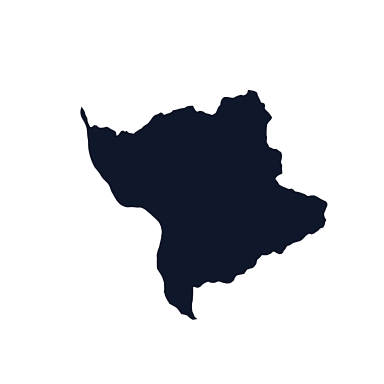 outline of Novo Horizonte, São Paulo, Brazil, rotated 23°
{"feature_id": "56859067B45221197904783", "entity_name": "Novo Horizonte", "entity_type": "district", "adm_level": 2, "iso_a3": "BRA", "parent_name": "Brazil", "parent_adm1": "São Paulo", "projection": "orthographic", "projection_center": [-49.295, -21.479], "detail": "fine", "context": "isolated", "style": "filled", "palette": "ink", "viewbox_px": 384, "rotation_deg": 23, "n_neighbors": 0, "source": "geoboundaries", "source_scale": "gbopen_adm2", "svg_char_len": 4158}
<svg xmlns="http://www.w3.org/2000/svg" viewBox="0 0 384 384"><g transform="rotate(23 192 192)"><path d="M318.3,183.6L319.9,182.1L321.6,179.4L322.7,177.7L323.5,175.2L326.1,172.8L326.1,169.8L325.6,167.9L325.8,165.7L323.2,163.7L321.7,161.6L321.2,160.0L321.2,156.9L321.1,154.5L321.2,152.1L320.6,150.3L318.9,149.1L316.8,149.0L314.0,148.9L311.7,148.6L309.0,148.2L306.0,148.1L303.3,149.3L301.2,151.0L299.5,151.3L297.0,150.7L294.6,150.8L291.3,151.0L286.2,152.0L284.6,151.0L282.5,150.7L280.4,152.2L274.5,152.3L272.6,152.3L269.0,151.8L266.8,150.0L263.6,148.3L262.6,146.6L263.8,143.4L265.2,141.5L267.0,139.7L266.3,138.0L264.8,135.4L264.0,132.7L262.5,131.3L261.3,129.7L261.0,126.9L259.9,123.3L258.1,121.2L256.0,120.9L252.9,120.2L250.5,121.3L247.7,121.1L245.1,121.2L243.6,119.6L240.7,117.5L239.7,114.9L239.0,112.6L237.6,110.6L235.1,104.2L234.0,100.5L234.3,98.6L234.7,96.9L235.6,94.7L235.9,92.5L233.8,91.2L231.7,89.9L229.0,88.8L227.3,88.2L225.6,87.1L224.8,84.0L223.5,83.0L219.9,83.4L218.5,81.5L216.8,80.1L214.4,78.0L212.7,75.8L210.3,75.4L207.7,75.9L204.6,76.6L204.9,79.8L203.7,82.2L201.7,83.9L199.6,84.0L197.4,85.7L195.8,87.3L193.9,89.8L190.9,90.7L188.7,91.2L187.1,91.6L184.9,92.7L183.9,94.9L183.9,97.7L184.8,100.8L183.7,103.9L183.8,107.1L183.7,110.1L182.1,112.6L180.3,114.3L178.4,114.1L176.2,114.5L173.2,114.9L171.0,114.3L169.4,114.5L167.8,114.9L166.0,116.7L163.8,116.7L162.1,115.6L160.4,114.3L159.1,113.1L157.1,114.0L154.5,115.6L152.9,118.0L150.6,119.4L148.7,120.6L147.3,121.8L145.4,123.3L143.3,124.6L142.6,126.8L141.0,128.6L138.5,130.7L137.4,132.0L135.7,132.9L134.1,131.8L132.5,131.7L130.8,134.2L128.8,135.8L127.8,137.2L127.1,139.2L126.6,142.1L126.0,144.2L125.2,146.6L123.8,148.7L122.4,150.7L121.3,153.7L119.4,156.0L118.3,157.7L117.1,159.5L116.3,161.7L110.8,163.0L108.1,162.2L107.0,163.8L105.2,163.1L103.7,163.9L103.2,166.0L102.6,168.4L101.6,169.9L99.8,170.5L99.0,168.6L97.8,167.0L95.9,166.6L93.5,166.6L91.3,166.3L89.5,165.9L87.8,166.2L86.3,167.6L83.0,169.4L80.0,169.7L78.4,168.8L76.3,169.3L74.9,172.1L72.5,172.8L70.7,170.9L69.3,169.9L67.6,168.0L66.2,165.5L64.5,164.1L62.9,162.7L61.6,160.8L59.9,159.4L57.9,158.1L58.2,160.2L58.8,162.0L59.8,163.6L60.9,165.1L62.1,166.2L63.8,167.6L65.7,169.0L67.6,170.6L69.8,172.9L71.4,175.1L73.5,179.2L74.3,180.8L75.2,182.3L77.0,185.1L78.7,189.0L80.3,192.2L82.1,194.9L84.5,198.2L86.9,201.0L89.8,203.9L91.4,205.3L93.0,206.6L94.9,207.6L97.3,208.9L100.5,210.6L102.1,212.0L105.5,214.0L107.4,214.7L109.2,215.4L111.7,216.5L113.3,217.6L114.9,218.9L117.1,221.5L118.5,222.8L120.4,224.2L122.2,225.7L125.3,227.9L127.1,229.1L129.7,230.3L132.1,231.0L134.4,231.1L136.8,231.0L138.5,230.5L142.6,228.5L145.5,227.6L147.3,227.1L150.2,225.7L152.4,225.4L156.1,225.8L160.0,227.1L161.8,227.5L165.5,228.9L169.0,230.1L171.9,231.3L173.4,232.0L174.8,233.0L177.5,235.5L178.8,237.4L180.3,239.9L181.0,241.7L181.4,243.7L182.3,246.2L182.7,248.6L183.2,251.5L183.6,253.7L183.9,255.6L184.0,258.8L184.5,261.8L184.9,263.8L186.3,266.4L187.5,269.5L188.7,272.3L190.3,275.7L196.3,279.8L198.9,282.0L201.0,284.5L202.1,285.8L203.0,287.6L205.3,292.5L205.8,294.6L207.1,295.8L208.2,297.5L211.7,300.5L213.8,301.9L215.3,303.0L220.6,303.5L222.6,303.8L224.6,304.5L227.8,306.4L230.1,307.8L231.9,307.3L234.2,306.9L235.9,306.8L238.5,307.8L240.4,308.3L242.4,308.6L244.8,307.1L242.8,306.5L241.2,304.9L239.9,303.6L238.4,302.3L236.4,298.8L234.9,294.9L234.3,291.6L233.1,288.4L232.4,286.2L231.6,284.3L230.5,281.6L229.4,279.6L230.2,277.7L234.2,277.4L235.9,275.8L237.6,271.9L239.5,269.4L241.6,267.4L244.9,267.4L248.0,266.1L249.4,264.6L250.8,263.3L253.1,262.8L255.3,262.8L257.1,262.4L259.4,262.0L261.7,260.8L263.1,259.3L264.4,256.7L264.2,254.7L264.7,252.0L265.6,250.5L268.1,248.7L271.3,246.6L271.9,243.7L272.3,241.5L275.3,238.9L276.9,237.8L277.8,236.1L278.5,233.2L278.1,231.1L277.7,228.7L279.0,226.4L279.7,224.6L280.3,222.2L282.8,221.3L285.3,220.2L288.1,217.4L289.1,214.8L291.2,213.9L293.8,214.4L296.4,214.4L298.0,213.5L298.7,211.9L298.7,210.1L299.5,207.9L299.6,205.8L300.2,203.8L302.3,202.3L303.6,200.1L305.1,198.3L307.4,196.6L308.9,195.3L310.3,194.2L311.4,192.3L312.5,189.8L313.1,187.8L314.1,186.1L315.0,184.6L316.4,183.6L318.3,183.6Z" fill="#0f172a" stroke="#020617" stroke-width="1.5"/></g></svg>